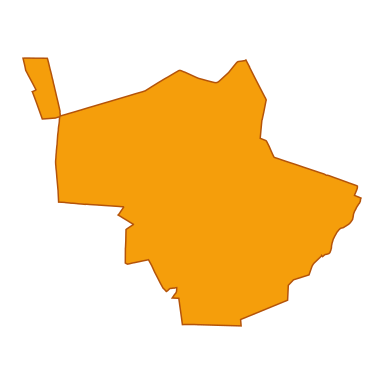 the district of 23 August, Constanta, Romania
{"feature_id": "2599482B30382262964220", "entity_name": "23 August", "entity_type": "district", "adm_level": 2, "iso_a3": "ROU", "parent_name": "Romania", "parent_adm1": "Constanta", "projection": "albers", "projection_center": [28.545, 43.923], "detail": "fine", "context": "isolated", "style": "filled", "palette": "amber", "viewbox_px": 384, "rotation_deg": 0, "n_neighbors": 0, "source": "geoboundaries", "source_scale": "gbopen_adm2", "svg_char_len": 5486}
<svg xmlns="http://www.w3.org/2000/svg" viewBox="0 0 384 384"><path d="M246.1,60.4L245.9,60.0L245.5,60.3L245.0,60.6L244.2,60.7L241.8,61.1L239.3,61.4L238.0,61.6L237.1,62.2L236.5,62.8L236.4,62.9L234.6,65.1L232.8,67.3L228.8,72.3L227.9,73.2L224.4,76.4L219.3,81.1L218.5,81.7L217.9,82.1L217.3,82.4L216.8,82.5L216.7,82.6L216.2,82.6L215.5,82.7L215.0,82.6L214.3,82.5L211.4,81.8L206.8,80.6L202.5,79.4L201.0,79.0L198.7,78.4L196.5,77.5L184.5,72.0L183.9,71.9L181.9,71.0L180.9,70.6L180.1,70.4L179.5,70.4L178.9,70.6L178.3,70.8L177.5,71.4L176.5,71.9L170.6,75.4L167.4,77.3L165.7,78.2L162.8,79.9L161.7,80.6L158.0,82.8L154.0,85.3L151.4,86.9L149.1,88.4L147.8,89.2L145.9,90.4L145.1,90.9L144.6,91.0L143.8,91.3L142.3,91.8L135.6,93.7L128.4,95.9L118.6,98.8L109.9,101.4L105.4,102.7L99.6,104.4L93.9,106.1L88.7,107.6L81.8,109.7L81.6,109.8L78.7,110.6L75.8,111.5L72.7,112.4L70.6,113.0L68.5,113.6L65.9,114.4L63.3,115.1L61.7,115.6L60.1,116.0L60.1,115.8L60.2,114.0L59.9,113.0L59.9,112.7L60.0,112.4L60.0,111.8L60.0,111.1L58.9,106.2L57.8,101.4L56.6,96.5L55.5,91.7L54.8,88.9L54.2,86.1L53.5,83.5L52.9,80.5L52.1,77.5L51.5,74.7L50.8,71.9L50.0,68.9L49.3,65.9L48.5,62.5L47.6,59.1L47.3,58.3L41.3,58.2L35.5,58.2L29.3,58.1L26.6,58.1L23.9,58.1L23.3,58.2L23.0,58.2L24.2,63.2L25.0,66.7L25.7,70.3L25.9,70.7L27.3,73.3L28.6,75.9L28.7,76.0L32.4,82.9L35.9,89.6L36.0,89.8L35.9,89.9L35.6,90.2L32.3,91.7L32.4,91.8L34.0,96.1L35.0,98.7L36.3,102.2L39.3,110.6L42.3,119.0L43.7,118.9L45.4,118.8L46.5,118.7L48.1,118.6L49.2,118.5L50.8,118.4L51.7,118.3L53.3,118.2L54.1,118.1L55.1,118.1L55.8,117.9L57.3,117.4L59.4,116.8L59.5,116.8L59.7,117.0L59.4,119.6L59.3,121.9L59.1,123.5L58.8,125.4L58.5,127.3L58.5,127.7L58.4,128.2L58.3,130.4L58.3,130.5L58.0,132.7L57.7,135.0L57.2,142.2L57.2,142.4L57.1,144.3L56.8,146.5L56.6,148.6L56.4,150.6L56.3,152.7L56.1,154.3L56.0,156.0L55.9,157.9L55.7,159.9L55.6,161.2L55.6,162.4L55.6,162.7L55.7,164.6L55.9,166.2L55.9,166.9L56.0,168.2L56.1,169.3L56.3,170.6L56.4,171.8L56.6,174.2L56.8,176.9L57.3,182.3L57.4,183.4L57.5,184.5L57.7,186.8L57.8,187.9L57.9,189.0L58.1,190.9L58.1,191.8L58.6,202.1L58.8,202.1L60.5,202.2L62.9,202.3L64.5,202.4L65.6,202.6L66.7,202.7L69.8,203.0L70.3,203.1L71.4,203.2L72.2,203.2L73.7,203.3L75.1,203.4L75.7,203.5L77.1,203.6L77.5,203.7L79.7,203.9L82.4,204.1L85.4,204.4L85.6,204.2L87.4,204.3L89.4,204.5L97.8,205.0L98.6,205.1L100.7,205.2L101.9,205.3L104.7,205.5L110.9,205.9L115.2,206.2L115.3,206.2L116.7,206.3L118.2,206.4L120.5,206.6L123.4,206.8L123.6,207.2L123.2,207.8L123.1,208.0L122.0,209.6L120.4,211.9L120.1,212.5L119.9,212.8L119.5,213.3L119.4,213.5L118.8,214.3L118.1,215.0L120.5,216.4L123.0,218.0L125.2,219.3L128.0,221.0L129.4,221.9L130.7,222.7L133.4,224.3L133.4,224.5L129.5,227.1L126.7,229.0L126.0,229.6L126.0,230.2L125.9,235.5L125.8,240.3L125.8,240.6L125.5,247.6L125.4,248.0L125.3,263.0L125.5,263.1L125.9,263.3L126.1,263.5L126.6,263.7L127.0,263.9L127.3,264.1L127.7,264.1L129.3,263.8L130.2,263.6L131.6,263.2L134.0,262.7L134.3,262.7L138.1,261.9L140.1,261.5L141.3,261.2L148.2,259.8L148.4,259.7L148.7,260.1L151.6,265.4L151.9,266.0L154.6,272.0L157.3,277.2L160.4,283.3L161.3,284.9L163.1,288.2L163.8,288.8L164.9,289.9L166.3,291.5L167.5,290.8L168.5,289.8L169.1,289.2L170.2,288.4L171.4,288.4L173.0,288.1L174.4,288.1L175.4,287.8L176.7,287.6L176.7,289.5L176.5,291.6L175.7,293.3L174.8,294.2L172.6,297.4L172.2,298.0L178.8,298.3L179.4,302.6L179.6,304.2L180.4,309.9L181.4,317.1L182.4,324.6L184.7,324.5L186.1,324.5L187.3,324.5L188.5,324.5L189.1,324.5L190.8,324.5L194.4,324.5L196.0,324.6L196.8,324.6L197.3,324.6L197.6,324.7L198.1,324.7L198.3,324.7L198.5,324.7L198.9,324.7L199.1,324.7L216.1,325.2L241.1,325.9L240.6,319.5L271.3,306.9L287.6,300.2L288.3,285.3L293.5,279.8L309.0,274.9L312.0,266.3L313.0,264.5L314.1,263.1L321.7,255.8L321.7,255.7L322.3,256.3L322.6,256.6L323.4,255.9L324.2,255.2L325.0,254.6L325.8,254.4L326.6,254.3L327.6,254.0L328.8,253.6L329.7,252.8L330.0,252.4L330.2,251.7L330.7,250.6L331.1,249.1L331.2,248.7L331.4,248.2L331.5,246.5L331.5,246.2L331.6,245.4L331.8,244.6L332.0,243.4L332.4,242.1L332.8,240.8L333.1,239.7L333.2,239.3L333.6,238.5L333.7,238.4L333.9,237.9L334.2,237.3L335.0,235.7L336.3,233.5L336.5,233.0L336.9,232.3L337.9,231.1L338.9,229.8L339.6,229.2L340.3,228.5L341.3,228.1L342.1,227.9L342.9,227.8L343.9,227.3L344.9,226.6L345.8,226.1L346.0,226.0L347.0,225.3L348.3,224.5L349.2,223.8L350.2,222.8L351.1,221.6L351.8,220.6L352.5,219.5L352.6,219.4L352.7,218.6L353.0,217.6L353.1,216.7L353.3,215.9L353.3,215.5L353.5,214.2L353.9,213.0L354.7,211.0L355.0,210.5L355.8,209.1L356.4,207.7L357.1,206.5L358.0,205.2L358.5,204.3L358.9,203.8L359.4,203.3L359.6,202.8L360.0,201.9L360.2,201.5L360.4,200.9L360.4,200.3L360.5,199.4L360.7,198.9L360.8,198.6L361.0,198.1L354.5,195.4L354.6,195.0L354.7,194.7L356.1,191.4L356.8,189.7L357.3,188.1L357.4,187.4L357.4,186.1L356.8,185.7L350.1,183.3L349.4,183.1L346.8,182.1L342.9,180.7L340.8,179.9L340.7,179.9L339.1,179.3L334.6,177.7L328.9,175.6L327.4,175.2L326.5,175.3L326.4,175.3L324.5,174.2L324.2,174.1L323.4,173.8L321.0,173.0L320.9,173.0L318.5,172.2L316.2,171.4L308.7,168.9L303.0,167.0L300.1,166.0L298.1,165.3L295.1,164.3L292.3,163.4L288.0,162.0L284.7,160.9L280.9,159.6L278.3,158.7L274.6,157.5L274.2,157.2L273.8,156.8L273.5,156.1L272.6,154.3L271.0,150.7L269.2,146.5L267.0,142.1L266.3,140.9L265.7,140.5L260.2,138.3L260.4,136.2L260.9,130.7L261.9,120.1L262.2,119.6L262.8,116.6L263.7,112.5L264.9,106.4L266.0,100.8L266.2,100.2L266.2,99.9L265.4,98.0L265.0,97.4L262.3,92.2L254.4,76.9L249.4,67.0L249.5,66.8L249.1,66.1L246.1,60.4Z" fill="#f59e0b" stroke="#b45309" stroke-width="1.5"/></svg>